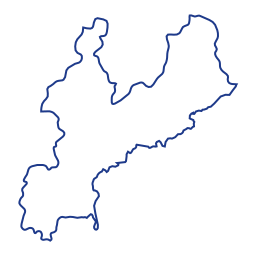 SVG path tracing the border of Hamgyŏng-namdo
{"feature_id": "PRK-3311", "entity_name": "Hamgyŏng-namdo", "entity_type": "Province", "adm_level": 1, "iso_a3": "PRK", "parent_name": "North Korea", "parent_adm1": "", "projection": "orthographic", "projection_center": [127.614, 40.189], "detail": "fine", "context": "isolated", "style": "outline", "palette": "blue", "viewbox_px": 256, "rotation_deg": 0, "n_neighbors": 0, "source": "natural_earth", "source_scale": "10m", "svg_char_len": 5652}
<svg xmlns="http://www.w3.org/2000/svg" viewBox="0 0 256 256"><path d="M236.6,84.3L236.1,85.2L235.8,86.4L232.7,90.4L229.5,94.9L225.4,94.8L220.7,96.5L214.2,103.6L210.8,106.7L208.2,107.2L206.8,108.7L204.0,109.6L202.5,109.7L201.5,111.0L198.8,110.6L195.9,111.5L194.3,113.9L193.2,113.9L193.1,112.8L191.4,113.6L189.9,115.5L189.7,118.4L190.8,119.0L193.3,120.0L193.6,121.1L194.3,121.9L193.8,123.6L194.0,126.4L192.8,126.9L190.9,128.8L190.3,128.8L189.1,128.2L187.4,128.1L186.5,128.9L183.5,130.5L182.9,132.2L182.2,133.1L180.6,134.1L178.0,134.2L175.3,137.1L174.1,137.7L172.0,138.6L170.3,138.3L168.0,138.6L165.6,142.0L164.8,146.5L162.5,145.9L160.6,142.2L159.1,140.9L156.8,142.0L156.0,143.3L156.6,146.4L155.8,146.6L153.9,146.4L153.0,146.4L152.1,146.8L150.5,147.7L149.7,147.9L149.0,147.7L148.3,146.7L136.7,144.7L136.3,145.2L136.2,146.9L135.9,147.5L135.2,148.2L134.4,148.7L133.6,148.9L133.0,149.4L131.5,152.0L130.9,152.8L130.1,153.1L128.0,151.7L126.6,154.3L126.6,156.3L126.0,161.1L125.2,162.1L117.1,163.0L118.4,164.1L118.2,165.3L115.4,166.7L112.3,166.2L109.5,167.3L108.1,170.9L106.7,172.0L105.4,170.4L103.2,169.2L101.8,171.6L100.5,172.1L99.0,173.2L97.8,174.6L96.7,177.2L94.2,178.8L93.6,179.8L93.4,180.6L92.7,182.4L92.5,183.4L92.5,184.4L92.9,186.0L93.1,188.8L93.4,190.0L94.0,190.5L94.8,190.4L97.0,191.4L98.5,193.6L98.9,196.2L95.6,201.1L94.1,205.8L95.4,213.5L97.9,224.9L97.8,228.0L97.1,229.2L96.1,229.7L95.1,229.3L94.2,228.0L94.1,226.5L94.7,224.8L96.0,221.7L93.0,217.4L92.7,215.9L91.9,214.6L90.8,214.2L89.7,215.1L87.0,217.6L86.8,217.9L85.6,217.3L85.0,217.2L84.4,217.2L83.8,217.4L81.6,217.2L77.3,217.8L72.9,217.0L70.0,216.8L65.6,217.5L62.3,216.9L61.7,217.0L61.1,217.1L60.4,217.5L59.7,217.9L58.9,218.7L58.3,219.4L57.8,220.2L57.5,221.2L57.0,224.8L56.4,227.2L56.3,229.5L56.1,230.3L55.7,231.0L54.7,231.8L54.0,232.2L51.4,233.0L50.9,233.6L50.6,234.5L50.9,236.3L51.5,238.3L51.5,239.0L51.3,239.7L50.2,240.6L48.4,239.6L47.5,239.4L46.2,239.3L43.7,239.8L43.0,239.8L42.4,239.6L41.8,239.3L41.3,238.8L41.2,238.1L41.9,235.9L41.9,235.1L41.9,234.2L41.5,233.1L41.1,232.3L40.6,231.7L40.0,231.4L39.4,231.2L38.7,231.1L38.1,231.2L37.4,231.4L36.8,231.7L35.9,232.8L35.3,233.1L34.8,233.0L34.5,232.6L34.2,232.0L33.9,230.8L33.5,229.6L33.1,229.0L32.7,228.6L32.0,228.2L31.3,228.0L30.1,227.9L29.4,228.0L28.8,228.2L25.9,229.6L24.9,229.8L24.2,229.7L23.6,229.4L23.0,229.0L22.4,228.4L21.6,227.2L21.4,226.6L21.4,225.2L21.7,223.3L23.6,215.8L25.0,212.3L25.1,211.6L25.1,210.7L24.7,209.5L24.2,208.8L20.9,205.6L20.0,204.5L19.7,203.9L19.4,203.3L19.4,202.3L19.6,201.2L20.4,199.1L21.1,198.0L21.8,197.2L22.3,196.8L22.8,196.1L23.1,195.3L23.1,194.0L23.1,193.1L22.9,192.4L22.2,190.6L22.2,189.8L22.3,188.9L23.0,187.8L26.4,184.1L26.7,183.6L26.8,183.0L26.6,182.3L26.3,182.0L24.5,181.5L24.0,181.2L23.8,180.5L23.9,179.6L25.2,177.2L26.6,175.1L26.9,174.5L27.2,173.8L28.4,169.6L28.9,168.6L29.4,167.9L29.9,167.4L31.2,166.6L32.3,166.2L37.2,165.0L42.9,165.0L44.2,165.3L45.4,165.8L45.9,166.1L46.4,166.6L47.9,169.1L48.3,169.5L48.7,169.6L49.2,169.6L49.8,169.3L50.3,169.0L51.1,168.0L51.6,167.6L52.3,167.4L55.8,167.2L56.3,166.9L56.9,166.5L57.6,165.4L58.1,164.3L58.3,163.6L58.4,162.8L58.3,161.7L58.0,160.6L55.4,155.8L55.0,154.8L54.0,150.3L53.7,148.8L53.7,148.2L53.8,147.5L54.1,147.0L55.3,146.6L55.9,146.4L56.2,145.8L56.1,145.0L55.9,143.8L55.9,143.0L56.1,142.3L56.5,141.8L62.9,136.6L63.8,135.5L64.1,134.9L64.3,134.3L64.3,132.9L63.8,132.1L63.0,131.2L59.8,129.2L58.9,128.4L58.4,127.3L58.1,125.7L57.7,122.4L58.0,121.5L58.5,120.3L58.6,119.7L58.7,119.1L58.6,118.6L58.4,118.0L58.0,117.3L53.8,113.1L53.1,112.6L51.9,112.0L50.3,111.5L49.2,111.3L41.2,111.5L41.2,109.9L41.4,107.8L41.8,105.7L42.3,103.8L44.0,101.1L46.1,98.9L47.7,96.5L47.8,93.3L47.3,89.1L48.4,87.1L50.5,86.0L53.2,84.1L54.5,82.9L55.7,81.9L57.0,81.2L58.6,80.8L62.4,80.3L63.5,79.7L65.1,77.1L66.4,70.4L68.3,67.8L75.0,63.8L78.8,62.7L79.9,62.0L80.8,61.0L81.5,59.8L81.9,58.2L81.8,55.9L80.8,54.5L77.5,52.9L75.6,50.4L75.2,46.4L75.8,42.3L77.3,39.3L81.6,34.5L82.8,31.8L83.2,27.5L86.8,28.3L90.4,28.6L92.0,28.0L93.0,26.7L93.5,24.7L93.9,22.5L95.3,19.1L97.5,18.2L103.3,19.4L106.5,20.9L107.6,23.7L107.5,27.4L106.9,31.8L106.5,33.4L105.9,34.7L104.9,35.6L103.7,36.0L101.1,36.2L99.9,36.9L100.3,38.2L102.4,41.7L102.7,44.6L101.3,47.2L95.9,51.4L94.7,52.6L94.0,53.9L94.2,55.3L95.4,55.9L96.9,56.3L98.1,57.4L98.6,58.9L99.1,62.0L99.5,63.4L103.0,69.6L103.9,70.9L104.9,71.6L105.9,72.1L106.9,73.0L107.7,74.7L108.3,78.9L108.8,80.7L109.4,81.8L110.2,82.5L111.1,82.9L112.2,83.1L115.0,83.2L116.0,83.7L115.5,84.9L114.6,86.2L114.6,87.3L114.9,88.6L115.1,90.2L114.9,91.8L114.4,92.7L112.8,94.6L112.1,96.0L111.8,97.3L111.7,100.4L111.8,102.6L112.4,103.8L113.4,104.0L114.9,103.6L120.6,100.4L128.5,94.0L129.6,92.5L130.3,90.7L130.8,88.9L131.4,87.4L132.3,86.1L133.5,85.1L140.2,82.6L141.6,82.5L142.8,82.8L143.9,83.7L146.1,85.9L148.6,87.0L151.1,86.7L153.4,84.4L156.8,79.1L158.1,77.5L162.1,74.0L163.1,72.5L163.5,71.2L164.0,66.8L164.5,65.4L165.8,63.1L166.3,61.8L166.8,59.8L167.1,57.8L167.3,53.7L167.6,51.7L168.6,47.8L168.8,46.0L168.2,42.9L167.0,39.4L166.6,36.3L168.0,34.6L170.7,34.5L173.9,34.7L176.9,34.5L179.4,33.2L180.4,31.8L182.0,28.6L182.9,27.1L184.4,26.2L187.9,24.8L188.9,23.6L189.2,22.2L189.5,20.3L189.6,18.3L189.5,16.9L189.7,15.5L191.1,15.4L194.7,16.5L195.6,16.4L197.7,15.8L199.1,15.6L200.3,16.0L209.4,20.0L212.7,22.0L215.1,24.8L217.3,30.2L217.9,33.1L218.0,36.2L217.5,38.3L215.7,41.6L214.8,43.6L215.0,45.4L216.1,47.3L216.8,49.1L216.3,50.7L215.2,52.4L215.1,54.1L215.7,55.9L216.8,57.7L218.4,59.7L219.2,60.8L219.7,62.0L219.9,63.4L220.0,66.3L220.3,67.8L221.4,69.8L223.0,71.5L226.5,74.2L227.9,76.0L228.0,77.6L227.7,79.2L228.0,81.3L229.0,82.8L230.4,83.6L232.0,84.0L236.6,84.3Z" fill="none" stroke="#1e3a8a" stroke-width="2"/></svg>